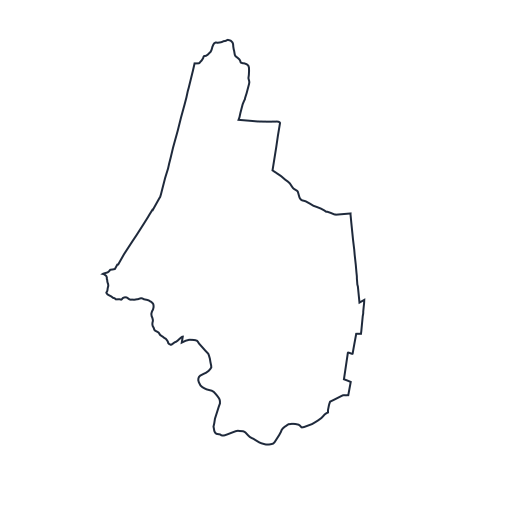 the district of Ghimpeteni, Olt, Romania, rotated 300°
{"feature_id": "2599482B72624598391885", "entity_name": "Ghimpeteni", "entity_type": "district", "adm_level": 2, "iso_a3": "ROU", "parent_name": "Romania", "parent_adm1": "Olt", "projection": "robinson", "projection_center": [24.795, 44.293], "detail": "fine", "context": "isolated", "style": "outline", "palette": "slate", "viewbox_px": 512, "rotation_deg": 300, "n_neighbors": 0, "source": "geoboundaries", "source_scale": "gbopen_adm2", "svg_char_len": 6124}
<svg xmlns="http://www.w3.org/2000/svg" viewBox="0 0 512 512"><g transform="rotate(300 256 256)"><path d="M340.1,316.6L332.6,305.8L331.7,304.5L331.6,303.9L331.2,303.2L330.7,299.3L330.0,295.7L329.4,294.6L329.6,292.3L329.5,288.5L328.9,284.4L328.2,280.6L328.3,276.6L328.2,271.7L327.8,270.0L327.3,268.3L327.2,267.2L327.8,265.3L328.7,264.1L331.8,260.9L332.7,259.9L333.0,258.9L333.1,255.2L333.3,254.2L334.0,252.6L335.8,249.0L336.4,246.3L336.7,243.1L337.7,237.9L338.4,227.5L360.4,219.1L371.2,214.8L383.2,210.3L383.6,209.5L383.5,208.4L383.3,207.8L382.9,206.9L378.7,199.9L375.0,193.2L373.3,190.1L370.1,183.2L365.2,172.8L367.9,172.3L372.3,170.9L380.3,168.7L381.3,168.5L384.5,168.1L386.2,168.0L387.2,167.6L392.2,166.5L401.4,164.0L403.2,163.3L404.2,162.5L405.9,160.8L406.5,160.4L409.2,159.3L412.7,157.5L415.5,155.8L416.8,154.5L417.2,153.4L417.4,152.0L417.0,149.6L416.3,148.1L416.1,147.1L415.9,146.4L416.1,145.8L416.8,145.1L417.3,144.4L417.7,143.8L418.0,143.1L418.4,141.2L418.7,139.0L418.8,138.4L419.2,137.7L419.6,137.1L420.4,136.4L422.7,134.5L423.9,133.3L426.0,131.6L427.2,130.8L428.0,130.2L428.6,129.6L429.2,128.8L429.8,126.7L429.8,126.3L429.6,125.5L429.5,125.0L429.1,123.6L428.8,123.2L428.3,122.9L427.6,122.5L426.7,121.7L426.3,121.1L425.8,120.5L424.6,119.7L423.5,118.7L422.3,117.2L421.3,115.9L421.1,115.1L420.8,114.4L420.1,113.9L419.1,113.4L417.2,113.4L415.9,113.6L415.5,113.6L413.3,114.2L411.7,114.5L410.1,114.6L408.4,114.1L406.1,113.5L405.0,112.9L404.4,112.6L404.0,112.2L403.7,111.7L403.4,111.3L403.2,111.1L402.5,111.0L402.1,111.0L400.9,111.3L398.6,111.2L397.6,111.1L397.2,110.9L394.9,110.5L394.5,110.3L394.0,109.7L392.8,107.8L392.1,106.5L388.9,107.5L385.0,108.7L368.1,113.6L364.6,114.5L358.4,116.5L351.1,118.5L338.5,121.8L325.6,125.5L321.8,126.5L314.8,128.3L308.3,130.0L298.6,132.9L292.2,134.7L291.0,135.1L287.8,136.1L283.8,137.0L278.1,138.3L273.1,139.7L267.0,141.4L261.7,142.9L259.1,143.5L258.0,143.4L244.2,143.6L244.2,143.2L238.2,143.0L235.9,143.0L227.7,142.7L220.9,142.4L214.3,142.1L206.8,141.6L191.6,140.8L179.7,140.9L179.2,140.2L174.2,140.3L174.0,140.1L173.7,139.8L173.4,139.4L173.0,139.0L171.2,136.7L170.4,136.5L169.8,136.5L169.1,136.3L167.8,135.8L167.3,135.4L164.8,133.0L164.1,132.4L163.9,132.3L164.0,132.6L164.1,132.9L164.2,133.1L164.1,134.3L164.0,135.3L163.9,136.0L163.7,136.5L163.4,136.9L162.5,137.8L161.6,138.2L161.4,138.4L160.8,139.2L160.4,139.4L159.7,139.9L158.6,140.9L158.1,141.6L157.4,142.2L156.8,142.7L156.0,143.1L155.2,143.3L153.9,143.7L152.9,144.1L152.5,144.3L151.6,144.6L151.1,144.7L150.0,144.7L149.5,144.7L149.2,145.0L148.7,146.1L148.5,146.7L148.5,148.2L148.6,150.9L148.3,153.2L148.4,153.6L148.6,154.1L148.7,154.7L148.6,155.2L148.5,155.9L148.4,156.3L148.6,156.7L148.9,157.2L149.5,158.1L150.4,159.6L150.6,160.5L150.7,160.9L150.8,161.1L151.3,161.4L152.5,161.6L153.0,161.7L154.2,162.6L154.5,163.0L154.8,163.3L155.3,164.4L155.4,164.7L155.4,165.1L155.4,165.6L155.4,166.1L155.3,166.3L155.2,167.3L155.2,168.0L155.3,168.7L155.5,169.3L155.8,169.8L156.2,170.3L157.1,172.2L157.6,172.9L158.5,173.9L158.8,174.3L159.4,175.1L159.8,175.6L160.3,176.0L160.8,176.4L161.6,177.2L161.9,177.5L162.2,178.1L162.3,178.4L162.4,178.8L162.5,180.0L162.5,180.6L162.8,181.4L162.9,181.8L163.5,183.5L163.6,184.1L163.8,184.8L163.9,185.4L163.8,187.0L163.9,188.0L163.8,188.6L163.4,190.2L163.2,190.7L162.9,191.1L162.2,191.8L161.3,192.4L160.4,192.9L158.4,193.5L157.6,193.6L156.4,193.6L155.7,193.7L153.8,194.2L153.1,194.6L152.5,195.1L152.1,195.4L151.8,195.6L150.9,196.8L150.4,197.4L149.0,198.7L148.5,199.0L148.1,199.2L147.8,199.3L147.4,199.4L146.2,199.8L145.2,200.3L144.9,200.5L144.2,201.1L143.7,201.6L143.5,201.8L143.0,202.8L142.5,203.5L141.3,204.8L141.2,205.0L141.1,205.5L140.9,206.0L141.0,207.9L141.0,209.6L140.9,210.2L140.6,210.7L140.1,211.6L140.1,211.8L140.0,212.0L139.9,212.3L139.7,212.4L139.6,212.6L139.6,212.9L139.6,213.6L139.5,214.9L139.5,215.7L139.4,216.2L139.2,217.3L139.2,217.7L139.2,218.3L139.2,218.8L139.2,219.2L139.1,219.6L138.6,220.8L138.4,221.3L137.9,222.2L137.5,222.8L137.0,223.2L136.8,223.4L136.8,223.6L136.5,224.1L136.4,224.5L136.4,224.9L136.5,226.6L136.7,226.8L137.0,227.1L137.3,227.3L137.9,227.5L138.4,227.8L138.7,227.9L139.7,228.3L140.2,228.6L141.0,229.0L141.5,229.5L142.7,230.1L143.6,230.5L145.1,230.9L145.9,231.2L146.4,231.4L147.3,231.6L148.4,232.1L149.2,232.5L149.5,232.9L143.9,235.0L144.2,235.2L147.5,237.5L150.0,240.0L151.5,242.7L152.7,245.4L153.1,247.3L152.7,248.5L151.7,250.4L148.8,259.1L147.5,263.5L146.4,264.9L144.1,267.3L141.2,269.7L138.5,272.1L137.1,273.0L135.2,272.9L132.8,272.4L129.9,271.1L127.8,269.6L124.5,267.5L122.9,267.1L121.3,267.3L119.6,268.1L118.1,269.6L116.1,272.7L115.6,275.1L115.6,277.6L115.8,279.9L116.5,282.5L117.2,285.0L117.2,287.3L116.4,289.9L115.6,292.1L114.5,294.6L113.6,296.1L112.3,297.3L110.3,298.5L106.9,299.1L101.5,300.3L94.6,301.8L90.2,303.5L87.0,304.5L85.4,305.9L83.7,307.3L82.6,308.8L82.2,310.6L83.0,312.8L83.5,314.1L83.4,315.7L83.9,317.0L84.9,318.4L87.1,320.3L91.8,324.1L94.2,326.1L95.6,327.7L96.4,329.7L97.3,331.4L97.9,332.9L97.9,335.0L96.7,338.9L96.2,341.1L96.2,343.3L96.4,345.2L96.3,347.3L96.2,352.0L96.5,354.3L97.6,358.6L98.6,360.5L99.6,362.0L101.1,363.7L102.2,364.7L104.1,365.2L112.5,365.6L116.2,365.5L118.0,365.2L120.0,365.4L122.4,366.2L123.9,367.0L125.5,367.7L126.6,368.3L127.4,369.5L128.6,371.0L129.4,372.4L130.3,374.4L131.2,377.2L131.1,378.8L130.7,380.0L130.4,381.1L130.9,382.0L132.1,383.3L138.5,388.6L141.7,390.4L144.5,391.9L148.3,393.6L150.7,394.2L153.1,394.7L155.1,395.6L156.5,396.6L158.5,395.4L163.2,393.8L164.7,393.4L166.9,393.0L170.3,395.3L173.2,397.2L177.5,400.0L178.8,400.9L179.3,401.6L180.6,403.9L181.6,405.5L194.3,401.0L193.8,397.2L193.2,393.8L218.0,384.0L218.3,384.0L218.6,384.4L219.0,386.3L219.1,387.3L219.4,388.3L219.7,388.5L220.0,388.4L229.4,385.0L238.7,381.7L239.3,382.6L239.8,383.5L241.1,385.8L243.5,384.8L249.4,382.1L257.3,378.5L259.0,377.9L260.2,377.4L261.6,376.6L265.8,374.7L269.2,373.2L272.1,371.7L267.4,368.9L280.5,359.5L282.0,358.0L285.1,355.9L286.8,354.7L288.0,354.0L289.1,353.3L292.0,351.2L295.7,348.6L298.0,347.0L304.4,342.3L306.3,340.9L310.6,337.9L318.6,331.9L332.6,321.8L339.5,316.9L340.1,316.6Z" fill="none" stroke="#1e293b" stroke-width="2"/></g></svg>